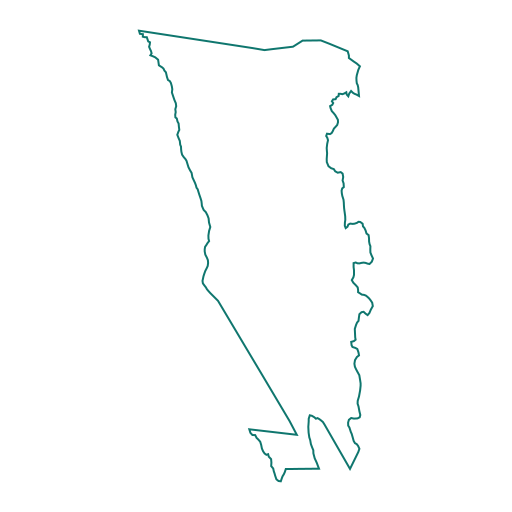 the district of Barra do Mendes, Bahia, Brazil
{"feature_id": "56859067B29709339378771", "entity_name": "Barra do Mendes", "entity_type": "district", "adm_level": 2, "iso_a3": "BRA", "parent_name": "Brazil", "parent_adm1": "Bahia", "projection": "equal_earth", "projection_center": [-42.089, -12.012], "detail": "fine", "context": "isolated", "style": "outline", "palette": "teal", "viewbox_px": 512, "rotation_deg": 0, "n_neighbors": 0, "source": "geoboundaries", "source_scale": "gbopen_adm2", "svg_char_len": 4495}
<svg xmlns="http://www.w3.org/2000/svg" viewBox="0 0 512 512"><path d="M359.0,96.0L358.2,87.4L357.7,85.1L356.8,83.3L356.5,80.7L356.4,77.8L356.8,75.2L358.3,69.9L359.9,66.3L356.7,63.5L353.7,61.5L348.9,58.0L348.9,55.5L347.7,51.3L329.5,43.8L320.8,40.4L302.6,40.6L293.0,46.7L271.6,49.2L264.5,50.1L252.7,48.1L139.0,30.7L139.9,33.8L142.9,34.2L142.8,36.7L144.7,37.2L146.8,37.2L148.2,41.4L150.0,42.3L149.7,44.7L149.1,46.8L150.0,49.0L151.0,51.1L151.6,53.3L150.4,55.3L153.0,56.3L155.2,57.3L158.1,59.7L158.6,63.2L158.9,65.3L160.4,66.3L161.9,67.2L163.5,68.6L164.4,70.6L165.9,72.3L166.5,74.9L167.0,77.1L168.0,80.0L169.8,81.1L170.9,83.0L171.8,86.2L172.3,89.2L171.9,92.5L172.7,94.9L173.6,97.6L174.5,100.2L175.8,103.2L176.2,106.2L175.3,109.2L175.7,112.1L175.2,114.8L175.4,117.4L176.8,118.5L177.5,121.5L178.6,123.5L178.9,126.7L179.3,129.9L178.4,131.7L177.3,134.8L178.7,138.4L179.8,140.9L180.2,144.7L181.0,146.6L181.1,149.2L181.4,151.8L182.1,154.7L183.8,157.2L185.4,159.0L186.5,160.8L187.5,164.1L188.5,167.3L190.1,170.4L191.6,172.9L192.4,177.3L193.6,179.9L195.0,182.9L195.9,185.3L196.5,187.7L197.7,189.3L198.3,191.4L199.3,194.6L200.6,198.4L201.4,201.0L201.7,203.4L201.9,205.8L202.8,208.0L203.7,210.0L205.8,212.1L207.5,215.4L208.6,218.4L209.0,222.5L209.6,224.6L210.3,227.0L209.1,230.9L208.4,235.5L208.5,238.8L209.1,241.1L207.5,243.1L206.3,245.1L205.1,246.8L204.7,249.2L204.7,251.4L205.3,254.6L206.9,257.7L207.9,260.2L208.1,263.0L207.7,266.0L206.7,268.2L205.3,270.9L204.3,273.7L203.5,276.2L202.5,280.9L202.9,283.4L204.5,285.6L205.9,287.4L206.9,289.2L208.4,291.0L210.3,293.1L218.0,300.8L245.8,347.5L263.4,377.0L289.6,421.1L296.8,434.8L249.3,429.3L250.4,432.8L252.4,435.0L255.2,435.1L256.6,437.9L258.1,439.3L260.2,441.7L261.2,445.0L261.9,448.5L263.1,451.3L264.6,453.5L266.4,454.8L268.1,454.2L268.8,456.7L271.1,459.1L271.4,462.6L271.2,466.1L273.2,468.5L273.8,471.3L274.5,473.3L275.2,475.8L276.4,479.3L278.5,481.0L280.8,481.3L281.7,478.6L282.5,476.4L283.8,474.3L284.8,472.1L285.8,469.0L291.2,469.0L297.9,468.9L319.0,468.7L317.8,465.6L316.8,462.9L314.7,458.3L313.4,453.4L313.3,450.2L312.2,447.6L310.9,444.1L310.2,440.1L309.3,437.4L308.6,432.6L308.3,426.8L308.5,424.3L308.7,421.3L308.7,418.8L309.8,415.3L311.9,415.8L314.4,417.3L315.9,418.7L317.5,418.1L319.3,419.1L320.9,420.3L322.9,422.0L324.6,424.7L338.5,448.9L350.0,468.9L358.3,452.0L359.4,448.8L358.1,445.9L356.7,444.1L355.0,443.2L353.7,441.0L352.9,438.1L351.7,433.9L350.8,431.9L349.4,427.5L348.2,425.6L348.1,422.6L348.9,419.8L351.2,418.0L353.9,418.6L357.5,418.4L359.7,417.3L360.3,415.0L359.4,411.3L358.5,406.4L357.6,403.7L357.7,400.9L358.3,398.8L359.0,396.5L360.1,390.5L360.6,385.8L360.6,383.3L360.1,380.0L359.3,375.2L357.2,371.4L355.9,368.9L354.9,366.7L354.4,363.7L355.0,360.1L356.9,357.0L359.0,355.4L358.5,352.5L357.3,349.0L355.3,347.9L352.5,347.0L351.6,345.3L351.2,341.9L353.9,341.1L355.6,339.7L355.2,337.4L354.8,328.9L356.1,324.8L357.1,322.5L358.5,320.9L358.9,317.6L359.4,314.2L361.5,312.2L363.6,311.8L365.5,313.6L367.6,315.1L369.4,313.0L370.8,309.7L372.8,306.1L372.2,302.7L370.6,300.3L369.1,298.4L367.5,296.9L365.9,295.6L364.1,294.9L361.8,294.6L360.2,293.5L358.1,292.2L358.1,290.0L357.7,287.4L355.9,285.3L353.3,282.7L351.8,280.1L353.4,277.3L354.0,274.9L354.0,272.5L354.0,270.3L353.6,267.1L353.6,263.1L355.7,262.5L357.5,263.3L359.4,263.4L361.4,262.9L363.6,262.6L365.6,262.9L367.5,263.6L369.5,264.0L371.8,261.7L373.0,258.5L371.5,255.3L370.4,252.5L370.3,249.4L370.4,246.2L369.6,244.2L369.1,241.6L369.0,238.1L368.6,235.1L366.5,233.5L365.6,230.5L364.3,227.8L363.0,226.4L362.6,223.7L360.3,222.0L358.5,221.8L356.9,222.9L354.5,223.7L352.6,223.9L350.2,223.6L348.3,224.6L347.5,226.7L345.7,228.1L344.8,225.8L344.9,222.6L345.3,219.9L345.2,216.4L344.7,212.6L344.4,210.5L344.1,208.1L343.9,205.0L343.8,202.6L343.5,199.7L342.3,195.9L341.8,193.2L341.6,190.7L342.2,188.4L343.8,187.1L343.6,183.4L342.6,180.5L343.2,177.0L342.6,173.6L340.7,172.1L337.7,172.7L335.2,171.3L333.8,169.1L331.1,168.2L328.5,166.2L326.8,162.1L326.7,159.0L326.9,156.2L327.1,153.3L326.9,151.0L326.7,148.0L327.2,143.8L328.0,140.2L327.3,137.8L326.2,136.0L327.0,133.7L330.0,134.1L331.6,133.1L332.7,131.3L333.9,128.6L335.5,126.9L337.2,125.0L338.0,122.2L337.9,119.8L336.6,117.5L335.3,115.2L333.8,113.3L331.8,111.1L330.6,108.2L330.1,106.1L332.3,104.8L333.2,103.0L331.9,101.3L333.1,99.4L335.6,99.2L336.5,97.2L338.6,96.0L338.8,93.8L340.6,93.8L342.4,94.2L344.0,93.6L346.3,92.3L346.7,94.5L348.3,96.3L349.2,93.6L351.1,91.0L352.9,92.8L354.5,93.8L356.3,94.5L359.0,96.0Z" fill="none" stroke="#0f766e" stroke-width="2"/></svg>